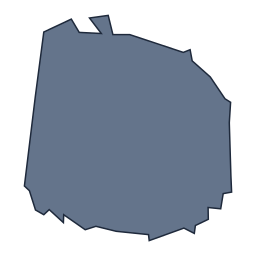 Jackson, Tennessee, United States of America (orthographic projection)
{"feature_id": "52423323B54776950346262", "entity_name": "Jackson", "entity_type": "district", "adm_level": 2, "iso_a3": "USA", "parent_name": "United States of America", "parent_adm1": "Tennessee", "projection": "orthographic", "projection_center": [-85.661, 36.368], "detail": "fine", "context": "isolated", "style": "filled", "palette": "slate", "viewbox_px": 256, "rotation_deg": 0, "n_neighbors": 0, "source": "geoboundaries", "source_scale": "gbopen_adm2", "svg_char_len": 558}
<svg xmlns="http://www.w3.org/2000/svg" viewBox="0 0 256 256"><path d="M35.4,95.9L24.4,186.0L29.4,190.7L35.5,210.0L43.8,214.7L49.2,209.6L63.4,222.6L63.7,214.7L85.2,229.7L95.9,226.3L116.2,231.3L148.5,234.6L149.2,240.6L183.9,228.1L194.3,233.4L195.4,225.5L208.3,219.3L208.1,207.5L220.7,208.8L223.2,193.6L231.6,192.1L230.9,175.7L229.3,122.7L230.6,102.3L225.0,98.8L210.3,77.0L192.2,60.9L190.1,49.7L183.3,52.4L129.7,34.6L112.9,34.6L108.2,15.4L89.5,18.0L101.3,33.5L79.2,32.4L71.3,19.1L43.8,32.0L35.4,95.9Z" fill="#64748b" stroke="#1e293b" stroke-width="1.5"/></svg>